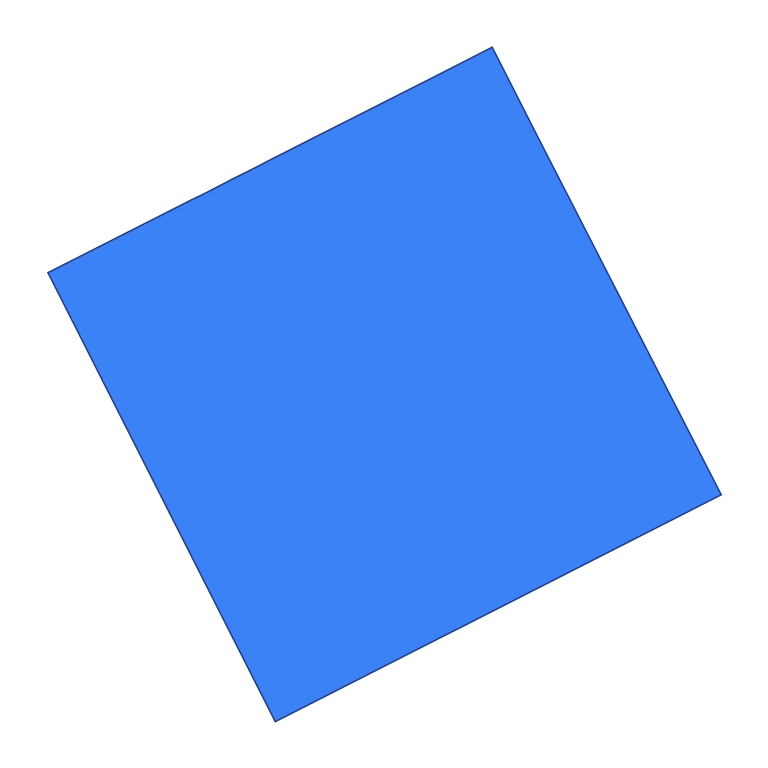 Marshall, Kansas, United States of America (Equal Earth projection), rotated 333°
{"feature_id": "52423323B90330569397627", "entity_name": "Marshall", "entity_type": "district", "adm_level": 2, "iso_a3": "USA", "parent_name": "United States of America", "parent_adm1": "Kansas", "projection": "equal_earth", "projection_center": [-96.532, 39.784], "detail": "fine", "context": "isolated", "style": "filled", "palette": "blue", "viewbox_px": 768, "rotation_deg": 333, "n_neighbors": 0, "source": "geoboundaries", "source_scale": "gbopen_adm2", "svg_char_len": 459}
<svg xmlns="http://www.w3.org/2000/svg" viewBox="0 0 768 768"><g transform="rotate(333 384 384)"><path d="M133.8,635.5L332.3,635.6L333.2,635.7L634.2,635.8L633.2,232.8L633.3,133.0L578.9,133.1L575.8,133.1L436.0,132.7L435.9,132.7L432.5,132.6L430.4,132.7L380.1,132.6L369.7,132.8L353.1,132.7L341.7,132.5L332.9,132.7L332.1,132.7L311.8,132.8L307.0,132.8L296.4,132.5L135.1,132.2L134.5,333.2L133.8,635.5Z" fill="#3b82f6" stroke="#1e3a8a" stroke-width="1.5"/></g></svg>